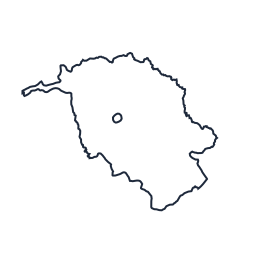 Dibaya, Kasaï-Occidental, Democratic Republic of the Congo (Mercator projection), rotated 147°
{"feature_id": "63176286B23998883625218", "entity_name": "Dibaya", "entity_type": "district", "adm_level": 2, "iso_a3": "COD", "parent_name": "Democratic Republic of the Congo", "parent_adm1": "Kasaï-Occidental", "projection": "mercator", "projection_center": [22.801, -6.389], "detail": "fine", "context": "isolated", "style": "outline", "palette": "slate", "viewbox_px": 256, "rotation_deg": 147, "n_neighbors": 0, "source": "geoboundaries", "source_scale": "gbopen_adm2", "svg_char_len": 5820}
<svg xmlns="http://www.w3.org/2000/svg" viewBox="0 0 256 256"><g transform="rotate(147 128 128)"><path d="M146.5,42.1L144.5,40.6L143.0,40.6L141.3,40.3L138.4,41.5L135.8,41.1L134.7,40.9L132.1,39.4L131.2,39.5L130.1,39.8L128.9,39.6L128.0,40.0L126.3,40.0L121.6,42.4L120.5,42.6L119.0,42.2L117.3,42.4L116.2,42.6L112.0,41.8L109.2,40.5L106.5,42.3L105.6,42.4L104.5,42.0L103.8,42.5L103.4,42.4L103.0,41.1L102.1,40.1L101.9,39.4L102.1,38.9L100.2,39.1L98.5,39.4L95.7,40.1L92.4,41.2L89.5,42.2L89.4,42.7L89.6,46.8L89.7,50.5L89.4,52.4L89.4,56.8L89.6,58.5L89.0,60.6L88.2,61.0L87.0,62.2L86.6,63.4L87.7,64.2L88.6,64.8L90.3,67.8L90.8,69.5L91.0,71.0L90.2,72.8L88.4,73.2L87.0,73.2L86.8,72.7L86.1,71.9L85.3,70.9L84.2,70.1L83.7,69.4L83.1,68.8L81.9,68.2L80.4,67.2L79.0,66.7L77.5,67.4L76.0,67.7L74.9,68.3L73.9,68.2L71.8,67.5L70.1,66.6L68.0,66.7L67.6,66.2L66.9,66.2L64.7,67.2L64.6,68.0L64.1,68.6L62.3,69.3L61.7,70.4L60.4,71.0L58.7,71.2L59.0,72.4L58.5,73.8L59.5,76.8L58.4,79.0L58.3,80.0L58.8,82.6L59.5,82.7L59.5,83.2L60.4,84.1L60.4,84.5L61.5,85.9L61.0,86.6L61.9,87.3L63.0,87.4L63.6,87.8L65.1,86.7L65.6,86.5L66.2,86.7L66.5,87.4L66.5,89.3L66.3,91.3L67.1,93.8L67.4,94.4L69.3,96.1L70.1,97.6L70.8,97.8L71.0,98.4L70.4,99.5L69.9,102.0L70.1,102.4L71.0,102.8L70.6,103.5L70.0,105.5L71.6,106.3L72.0,106.0L72.4,106.0L72.5,106.3L72.1,107.8L71.9,107.8L71.7,107.2L71.2,107.7L70.7,108.8L71.1,109.2L71.9,109.6L72.1,110.0L71.3,111.4L70.1,112.6L69.2,113.9L69.4,114.5L69.0,115.6L68.2,116.0L68.5,117.0L68.4,117.7L66.6,120.9L65.9,123.1L64.1,124.0L63.4,124.8L62.2,125.2L61.7,125.6L61.2,126.2L61.1,127.2L59.4,128.7L59.0,129.5L60.9,131.2L61.1,131.6L60.4,132.5L61.4,133.2L62.2,134.2L62.4,135.9L62.1,136.5L63.0,136.9L63.3,137.5L62.8,138.3L62.7,139.3L61.5,140.8L60.9,142.3L62.6,142.7L62.9,143.4L63.6,143.8L64.6,143.9L65.0,144.7L64.9,145.3L65.1,145.7L64.2,146.6L64.1,147.5L64.5,147.7L64.8,148.7L66.7,149.8L67.2,150.4L67.8,151.4L67.8,152.0L69.2,152.7L69.2,153.6L70.4,154.2L70.9,156.2L70.5,158.3L71.0,158.9L70.9,159.8L71.3,160.7L70.9,161.5L71.3,161.8L72.6,162.1L73.2,162.9L74.5,163.2L74.8,163.6L74.3,164.5L74.9,165.7L74.4,166.2L73.3,166.7L73.1,167.2L73.9,169.3L73.0,171.8L73.8,173.5L73.4,175.6L73.9,176.3L75.6,176.0L76.4,176.6L77.1,176.6L78.7,175.1L79.3,175.0L81.7,176.4L83.3,179.1L84.9,181.1L85.4,182.2L84.7,182.9L85.1,184.8L84.2,188.1L85.2,189.7L85.7,189.9L88.3,190.1L89.3,189.2L90.4,189.4L91.4,190.3L91.6,190.8L92.0,191.5L94.2,192.0L95.5,192.8L97.6,193.4L100.0,193.6L102.2,193.9L103.2,193.3L104.1,192.5L104.9,191.6L105.8,191.6L106.3,192.8L107.3,193.3L108.4,197.9L109.0,198.9L109.6,199.2L110.1,200.6L111.1,201.2L111.5,202.3L112.2,202.7L113.5,203.4L115.1,203.2L116.1,204.2L117.8,204.3L119.2,204.9L122.0,207.0L126.2,207.1L128.1,208.3L128.7,209.7L129.6,209.2L130.4,209.1L131.3,208.9L132.0,208.0L133.3,207.5L134.3,207.3L135.3,207.6L135.9,208.4L136.9,208.9L137.8,209.0L139.8,209.1L141.4,209.1L142.1,208.7L142.9,208.0L143.6,207.1L144.7,206.4L145.5,206.5L146.2,207.5L147.0,208.7L147.6,210.2L147.3,211.1L147.1,212.4L147.0,213.4L147.8,215.7L149.0,216.4L150.1,217.1L150.8,216.9L151.6,215.5L152.4,213.9L153.3,212.1L154.5,211.1L155.8,210.0L157.7,209.6L158.5,209.2L159.2,207.4L159.1,206.2L158.7,205.0L158.9,204.3L159.8,203.9L160.7,203.8L161.7,204.3L163.8,205.2L166.8,205.8L169.1,206.7L171.9,207.6L173.4,208.0L174.3,208.7L175.3,209.7L175.6,211.2L175.3,212.6L175.3,214.2L176.4,214.3L178.4,213.9L179.9,213.6L182.1,213.7L183.1,213.8L185.4,214.9L187.7,215.8L189.9,215.9L191.5,216.2L193.2,216.3L194.7,216.5L196.3,216.6L197.7,214.5L197.0,214.3L196.2,214.8L195.9,214.5L197.4,212.4L197.5,212.0L197.1,211.5L197.2,211.2L195.9,210.9L194.7,210.8L193.5,210.7L192.4,210.8L190.8,210.9L190.0,211.3L189.5,211.7L188.3,211.6L187.0,211.0L186.0,210.3L185.2,210.1L184.3,209.9L183.4,209.9L182.4,209.7L181.8,209.2L181.5,207.8L181.0,207.2L180.0,206.9L179.2,206.2L178.6,205.5L178.4,204.9L178.3,204.2L178.1,203.7L177.6,203.1L177.0,202.6L176.4,202.3L175.7,202.1L175.1,202.1L174.4,202.1L173.0,202.2L169.9,201.9L168.4,201.5L166.9,200.8L165.5,199.6L164.5,198.2L164.0,196.3L163.6,195.4L162.3,193.4L161.5,192.1L160.8,191.2L159.7,190.4L158.4,189.8L157.5,189.2L156.9,188.3L156.8,187.7L158.3,185.3L158.9,183.8L159.7,182.7L160.9,181.6L162.7,178.7L163.3,175.7L165.3,171.2L165.0,169.6L165.8,168.1L165.1,166.9L168.2,163.4L168.3,163.0L167.9,162.2L168.1,161.3L167.6,160.4L167.6,159.8L168.0,159.0L167.8,158.2L168.5,156.6L169.8,154.9L170.0,154.3L169.4,153.5L169.6,151.6L171.4,149.1L173.4,147.1L173.6,146.1L173.6,144.0L175.1,141.6L175.6,138.9L175.0,138.4L175.4,137.4L176.0,136.7L175.8,135.9L174.7,135.0L174.3,134.5L174.3,134.1L174.6,133.5L174.7,132.5L175.0,132.3L175.7,132.7L176.3,132.2L176.8,132.3L177.1,132.0L177.0,131.5L176.0,131.0L175.6,130.4L175.8,129.6L175.6,128.5L174.5,127.2L175.2,127.0L175.6,127.2L175.9,126.3L176.4,126.2L177.0,126.4L177.2,126.0L176.3,124.6L176.7,123.7L175.9,123.5L175.8,123.2L173.9,122.2L171.9,122.1L170.5,121.3L169.3,121.2L168.4,121.6L167.7,122.3L167.1,122.7L166.6,122.7L165.8,122.3L165.3,121.9L164.8,121.4L164.2,118.8L164.1,117.3L164.0,116.4L163.9,115.3L164.0,114.0L163.7,112.7L163.3,110.7L162.7,108.8L162.3,107.8L162.1,107.0L162.1,106.5L163.1,105.7L164.0,102.7L164.2,99.6L165.0,99.2L166.7,96.9L166.7,96.5L165.8,95.8L164.4,95.0L163.4,94.7L162.3,94.4L160.2,93.8L158.9,93.6L156.8,93.5L155.8,93.2L155.0,92.6L154.4,91.7L154.3,90.5L154.3,88.4L154.3,87.8L154.2,86.4L155.2,82.6L154.1,81.8L153.0,80.8L150.9,79.9L149.2,79.1L148.0,78.3L147.2,77.5L146.7,76.6L146.5,74.9L146.6,73.9L146.6,73.3L149.7,70.8L149.9,70.3L149.5,69.3L147.8,67.2L147.1,65.0L146.0,63.6L145.5,58.1L146.0,57.3L146.4,56.2L148.2,54.1L151.5,49.1L151.7,48.4L151.5,47.6L150.2,45.6L148.4,44.3L146.5,42.1ZM129.1,145.8L127.8,144.9L127.1,143.2L127.1,142.0L127.6,140.6L128.3,139.2L130.0,138.3L132.3,138.3L134.5,138.8L135.5,139.4L136.2,140.8L136.1,142.9L134.8,145.1L132.7,145.8L130.7,146.0L129.1,145.8Z" fill="none" stroke="#1e293b" stroke-width="2"/></g></svg>